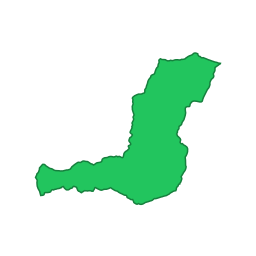 Bardo, Shemgang, Bhutan, rotated 21°
{"feature_id": "84629894B88574535309986", "entity_name": "Bardo", "entity_type": "district", "adm_level": 2, "iso_a3": "BTN", "parent_name": "Bhutan", "parent_adm1": "Shemgang", "projection": "albers", "projection_center": [90.949, 27.102], "detail": "fine", "context": "isolated", "style": "filled", "palette": "green", "viewbox_px": 256, "rotation_deg": 21, "n_neighbors": 0, "source": "geoboundaries", "source_scale": "gbopen_adm2", "svg_char_len": 5921}
<svg xmlns="http://www.w3.org/2000/svg" viewBox="0 0 256 256"><g transform="rotate(21 128 128)"><path d="M187.5,72.0L188.3,63.7L189.0,61.6L189.1,60.5L189.0,58.2L188.4,56.9L188.1,55.6L188.4,52.6L189.1,51.5L189.6,50.1L189.6,49.5L189.5,48.7L188.6,47.5L188.2,46.6L188.6,43.6L188.4,42.7L188.0,41.6L187.6,40.3L190.0,36.6L190.4,35.8L191.1,35.1L191.1,34.5L188.9,35.0L187.6,34.9L185.2,35.3L183.5,35.3L182.3,35.4L179.7,35.4L178.7,35.5L176.3,35.4L173.0,35.4L172.3,35.8L171.8,36.0L171.3,36.0L170.8,35.9L169.6,35.4L169.0,35.6L168.5,35.6L168.0,35.3L166.9,34.5L166.5,33.7L165.0,33.7L164.2,33.8L163.1,34.3L162.5,34.9L161.7,36.6L161.4,36.9L160.6,37.7L159.4,38.7L158.3,40.0L158.0,40.6L157.1,41.6L156.9,42.3L156.1,43.4L154.4,44.4L153.6,44.6L152.9,45.2L152.5,45.6L152.1,45.9L150.9,46.3L150.2,46.4L148.3,47.1L147.0,47.9L146.5,48.4L145.6,49.0L145.1,49.3L143.5,49.5L143.3,49.6L143.1,49.8L142.9,50.2L141.1,51.1L139.5,51.1L138.8,50.9L138.1,50.9L135.1,51.9L134.5,51.9L133.7,51.7L133.3,51.9L133.0,52.7L132.6,53.3L132.6,53.7L132.8,54.3L133.4,55.2L133.6,55.7L133.4,56.9L133.5,58.4L133.6,58.9L134.0,59.7L133.8,60.4L133.6,60.7L133.3,61.5L133.1,62.6L133.1,65.0L133.3,67.4L133.1,68.1L133.0,68.4L131.4,69.9L130.8,70.8L130.8,71.4L130.9,72.7L130.3,74.3L130.0,75.6L129.9,76.4L129.9,77.4L130.2,79.6L130.2,82.3L130.5,83.8L130.3,84.8L130.1,85.4L130.0,86.2L130.8,88.5L130.8,88.9L130.7,89.4L129.2,90.6L128.8,91.1L128.5,91.4L127.0,92.1L125.8,92.5L125.2,93.0L124.4,93.7L122.6,95.6L121.4,97.7L121.4,98.6L121.7,99.0L122.4,99.6L122.6,100.1L122.8,101.3L123.2,102.2L123.9,103.0L124.2,104.1L124.2,105.9L124.3,106.6L125.1,108.1L125.2,108.7L125.9,109.8L127.0,111.2L128.9,113.5L129.0,113.9L128.8,115.7L128.9,116.2L129.3,116.7L129.9,117.3L130.2,118.0L130.2,119.4L130.0,121.1L130.0,122.0L131.2,123.5L131.2,124.0L131.1,124.5L131.1,125.4L131.7,126.4L131.7,126.8L131.4,130.3L131.5,131.3L131.9,131.7L134.3,132.6L134.6,133.0L134.5,133.7L134.2,134.9L133.9,135.6L133.5,136.0L133.2,136.5L133.2,136.8L133.2,138.4L133.3,139.2L133.5,139.7L134.2,140.3L135.4,141.0L136.0,141.6L136.3,142.0L136.4,142.4L136.2,142.9L134.9,144.3L134.8,144.8L135.1,145.4L136.0,145.9L136.3,146.3L136.4,146.6L136.0,147.7L135.5,148.9L135.0,149.8L134.2,150.7L133.6,152.1L133.4,153.4L133.6,154.3L133.9,156.6L133.8,157.3L133.6,157.6L132.7,157.8L130.1,157.6L129.8,157.7L128.8,158.6L128.0,158.4L127.4,158.4L126.8,158.7L125.9,159.7L125.5,159.8L125.2,160.1L124.4,160.3L123.4,160.4L122.2,160.7L121.4,161.1L120.6,161.6L119.2,163.0L117.0,164.1L115.8,165.2L115.6,165.7L115.2,166.3L115.2,166.8L115.4,168.0L115.4,168.4L114.9,169.4L114.6,169.8L111.5,171.6L110.8,172.4L110.3,173.3L109.1,174.9L107.5,174.5L106.1,174.7L102.9,173.9L101.9,173.9L100.8,174.3L98.9,174.6L98.0,174.9L97.5,175.3L97.0,175.9L96.7,176.5L95.9,177.2L95.4,177.4L94.1,177.7L93.5,178.1L93.2,178.5L92.8,179.0L91.1,181.5L90.8,182.1L90.4,182.6L90.0,183.7L89.6,184.0L88.9,187.0L88.5,187.4L86.8,188.8L85.9,189.1L84.4,190.1L82.6,191.4L80.2,192.4L79.0,192.6L75.7,193.7L74.9,193.8L73.8,193.8L73.2,193.7L72.6,193.5L71.8,193.4L70.5,193.5L69.8,193.7L68.8,193.6L64.8,192.7L63.9,192.2L63.0,192.0L62.1,192.2L61.3,192.6L59.7,197.0L60.2,198.8L60.2,201.6L59.4,203.5L59.6,204.5L59.4,207.3L61.7,209.0L62.0,209.5L62.3,210.5L62.5,211.4L63.2,213.0L64.1,214.8L65.8,216.8L68.2,218.8L70.7,222.3L72.1,221.6L73.2,220.8L73.4,220.4L73.5,219.3L73.3,218.5L73.7,218.0L76.1,217.1L77.8,216.1L78.1,215.8L78.6,215.3L78.8,213.8L79.0,213.2L79.4,212.8L79.7,212.6L80.0,212.6L80.7,212.5L81.0,212.3L81.1,212.0L81.5,211.6L82.0,211.3L82.6,211.0L83.9,209.9L85.1,209.3L85.3,209.1L86.0,208.7L86.4,207.9L86.9,207.8L87.3,207.5L87.3,207.2L87.6,206.5L88.6,205.8L90.0,206.8L90.7,207.2L91.3,207.3L91.9,207.6L92.6,207.8L94.1,207.3L94.6,207.0L95.3,206.2L96.0,204.9L96.5,204.7L97.3,204.1L97.6,203.4L97.7,202.6L98.1,202.0L98.5,201.8L98.9,201.9L100.1,201.7L101.3,201.9L103.4,204.2L104.0,204.5L104.6,204.7L105.1,204.6L106.3,204.8L107.3,205.1L107.9,205.0L108.3,204.0L108.9,203.5L109.5,202.6L110.2,201.9L111.2,201.8L112.0,201.4L112.8,201.3L113.7,200.7L114.9,200.2L115.6,200.0L116.7,200.0L117.2,199.9L118.1,199.4L118.1,198.7L118.4,197.4L118.5,195.5L118.7,195.3L119.3,195.3L121.2,195.6L124.3,195.8L125.4,195.6L126.6,194.8L127.4,193.9L129.6,193.0L130.9,192.1L131.9,191.2L133.1,190.0L133.7,190.0L134.4,190.3L137.0,190.8L138.4,191.0L141.0,190.8L142.1,191.3L144.3,191.6L146.5,191.7L147.9,191.9L149.0,191.9L150.3,191.5L150.7,191.6L151.4,192.2L151.7,192.5L152.1,193.2L152.7,193.3L153.7,193.3L156.5,193.8L156.8,193.7L158.0,193.1L159.8,194.9L160.2,195.5L161.0,195.7L162.7,196.0L163.7,195.9L164.3,195.5L164.8,194.8L166.6,194.9L167.2,194.7L168.2,194.3L169.5,193.2L170.8,191.4L172.2,190.3L172.8,189.9L173.7,189.2L174.7,188.3L175.8,187.5L176.6,186.7L177.9,184.4L178.8,184.2L179.5,183.8L181.7,182.1L183.6,180.5L184.3,180.1L186.0,178.7L188.2,177.2L189.0,176.1L190.0,175.1L190.8,173.5L192.1,172.0L192.8,171.0L193.9,170.1L195.1,169.4L195.1,168.0L194.8,167.0L194.7,165.9L195.2,165.0L195.5,164.2L195.4,163.0L195.8,162.0L196.4,161.7L196.3,161.4L196.3,160.7L196.6,159.6L196.6,158.6L196.5,156.5L196.2,155.6L195.2,154.7L195.0,154.3L195.1,154.0L195.7,150.8L195.7,150.1L196.4,147.5L196.5,146.4L196.5,145.5L196.3,144.1L196.1,143.3L195.2,142.3L193.1,137.2L192.3,135.7L191.8,134.6L192.2,133.1L192.3,131.2L192.2,129.5L192.1,128.8L191.7,127.7L191.2,126.2L190.9,125.8L190.0,124.8L188.6,124.3L187.5,124.0L186.5,123.9L185.7,123.8L185.1,123.4L184.3,123.1L183.7,123.6L182.8,123.5L181.8,122.8L181.6,122.2L181.6,121.6L181.4,120.2L180.5,119.2L178.7,118.3L177.2,117.8L175.6,116.1L175.6,115.2L175.7,114.3L175.4,113.8L175.3,112.7L175.3,111.9L175.8,110.6L175.6,109.8L175.2,108.7L175.2,107.9L175.9,107.2L176.7,105.6L176.5,103.4L177.2,100.2L177.1,98.6L176.9,95.7L176.4,93.2L175.3,91.2L174.6,89.6L174.4,88.6L174.5,88.1L175.0,87.3L176.2,86.5L177.3,86.2L177.7,85.8L177.8,85.1L177.5,83.7L177.5,82.9L178.3,80.6L179.0,79.8L180.1,79.1L182.2,78.5L185.8,77.9L187.0,77.4L187.6,76.6L187.7,76.0L187.5,74.4L187.5,72.0Z" fill="#22c55e" stroke="#15803d" stroke-width="1.5"/></g></svg>